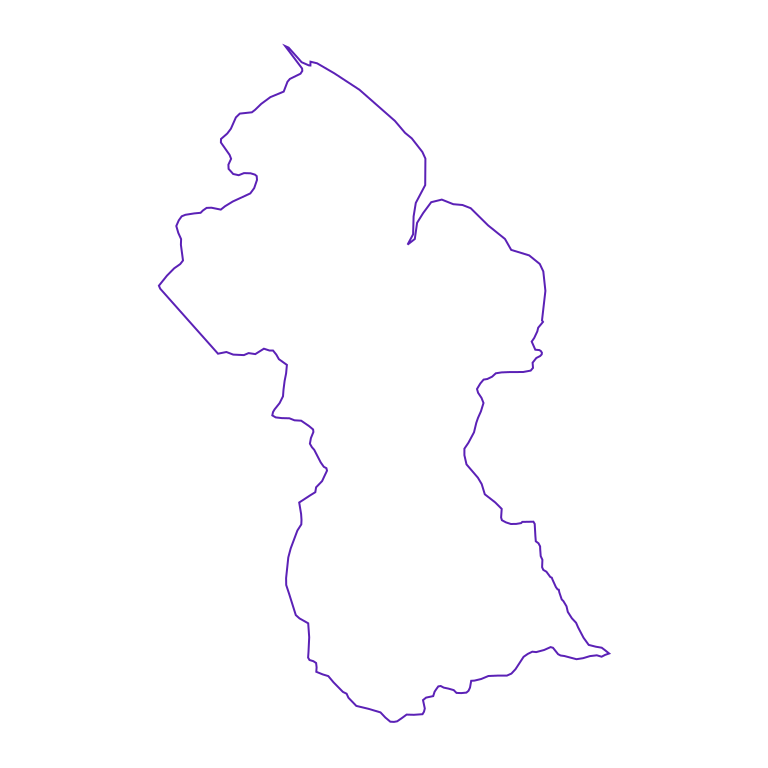 Guyana, orthographic projection
{"feature_id": "GUY", "entity_name": "Guyana", "entity_type": "country or territory", "adm_level": 0, "iso_a3": "GUY", "parent_name": "South America", "parent_adm1": "", "projection": "orthographic", "projection_center": [-58.817, 4.875], "detail": "fine", "context": "isolated", "style": "outline", "palette": "violet", "viewbox_px": 768, "rotation_deg": 0, "n_neighbors": 0, "source": "natural_earth", "source_scale": "50m", "svg_char_len": 3555}
<svg xmlns="http://www.w3.org/2000/svg" viewBox="0 0 768 768"><path d="M218.0,353.7L198.7,332.0L179.3,310.2L160.2,288.7L158.9,285.7L167.0,275.6L174.2,268.3L180.2,264.1L183.0,260.5L180.9,244.8L181.1,239.1L178.3,232.9L176.3,226.0L178.8,220.3L181.7,216.3L185.4,214.8L194.3,213.4L200.6,212.8L202.9,210.5L206.6,207.9L211.4,207.7L220.8,209.6L225.1,206.2L232.8,201.5L250.3,193.4L254.2,188.1L257.0,179.9L256.7,176.1L254.9,174.6L250.6,173.3L244.0,173.1L238.7,175.2L233.2,174.0L228.6,168.9L228.4,164.7L231.1,158.8L229.6,154.9L220.9,142.5L221.0,139.0L227.3,133.5L230.9,128.7L235.9,117.4L239.8,113.6L251.9,112.3L255.0,109.9L261.2,103.9L270.4,97.1L283.7,91.6L287.5,81.7L289.9,78.9L300.5,73.7L302.3,70.9L302.1,68.5L285.2,46.1L288.6,47.6L301.6,62.2L308.9,65.4L310.4,65.5L310.5,61.7L317.1,63.3L334.3,73.3L359.5,89.8L394.9,120.9L405.0,132.8L411.8,138.4L422.4,152.0L425.4,158.6L425.2,185.1L415.8,202.9L413.6,216.4L413.1,234.3L407.6,244.6L414.8,239.0L417.1,222.8L423.2,213.0L431.2,202.2L441.8,199.6L453.3,204.2L462.5,205.0L470.7,208.2L488.1,225.4L505.0,239.0L511.2,249.9L529.2,255.4L539.8,264.0L543.3,271.4L545.4,290.9L542.0,320.4L543.0,321.9L538.2,327.7L537.3,331.4L534.2,338.0L531.7,341.6L535.3,349.7L539.4,350.1L540.9,351.1L541.9,352.7L541.7,354.4L540.2,356.0L536.3,358.0L532.6,362.7L533.0,367.9L530.7,370.6L523.2,372.0L508.7,372.1L501.5,372.4L495.8,373.3L492.1,376.7L487.3,379.0L483.6,379.6L480.3,383.5L477.0,389.0L478.1,392.8L481.5,397.9L483.5,403.0L480.9,411.4L478.0,417.9L476.3,422.8L474.0,432.3L468.4,442.8L464.4,448.7L464.4,455.2L466.5,464.4L477.9,477.7L481.7,484.1L484.8,494.3L495.2,502.4L501.7,508.9L501.1,517.5L501.9,520.2L506.0,522.4L510.9,524.0L516.3,523.9L521.1,523.1L522.3,521.9L533.4,521.7L534.7,523.9L535.4,536.3L535.8,541.3L538.5,543.3L540.1,546.4L540.2,549.2L540.7,556.1L542.4,559.8L542.1,567.2L543.3,569.9L546.4,571.7L550.3,577.0L551.8,577.7L552.5,579.6L555.9,587.1L557.6,589.4L558.8,589.7L559.3,592.3L561.7,599.4L563.4,601.1L566.5,606.3L567.8,611.9L571.9,618.3L576.1,622.8L578.1,627.4L583.5,637.7L588.7,644.9L595.8,646.7L601.7,647.7L605.4,650.5L609.1,653.5L605.1,654.9L601.6,656.7L596.8,655.3L590.0,656.1L583.0,658.2L576.5,659.2L564.3,656.0L560.6,655.5L558.1,654.2L553.0,647.8L550.6,647.1L544.1,650.0L536.2,652.1L532.3,651.7L527.8,653.9L523.6,656.8L515.5,669.2L511.4,673.6L506.9,675.6L497.9,675.6L488.4,676.0L481.2,679.0L474.5,680.6L471.2,680.8L470.0,687.6L468.5,690.8L466.4,692.6L461.2,693.1L456.5,692.9L453.7,690.1L448.4,688.6L443.7,687.6L440.7,686.0L438.3,686.4L436.2,689.3L434.6,691.7L433.2,696.1L426.1,697.6L423.0,700.1L424.8,708.5L424.0,711.7L422.5,714.2L413.9,714.8L406.6,714.6L402.4,717.7L397.2,721.3L394.0,721.9L390.3,721.7L385.3,717.5L380.5,712.4L368.4,708.8L356.3,705.9L348.4,697.7L346.6,693.7L342.9,691.9L333.5,682.3L328.3,676.1L322.7,674.4L316.3,671.8L316.6,667.3L316.1,663.0L313.4,661.2L309.5,660.0L308.1,657.6L308.5,651.9L309.2,637.3L308.2,623.3L299.5,618.4L295.8,615.1L289.3,594.4L286.2,585.0L286.1,578.1L288.3,557.4L290.7,548.4L297.4,530.5L301.3,524.4L301.5,519.9L301.1,514.0L299.2,502.5L310.4,495.2L315.3,492.2L316.1,487.3L322.1,481.1L324.8,475.3L327.0,470.7L326.4,468.2L323.8,466.8L320.7,462.4L314.2,449.8L311.9,447.2L309.9,443.7L310.9,438.1L313.4,432.0L313.1,429.5L309.2,426.2L301.2,420.7L294.5,420.3L289.4,418.3L281.8,418.1L275.7,417.4L272.3,415.4L273.0,412.1L274.5,409.5L279.6,403.1L283.0,396.3L283.5,389.7L284.6,381.0L286.1,373.4L286.9,364.9L278.9,359.2L276.3,354.6L273.0,350.5L269.4,350.5L263.9,348.7L255.3,354.1L248.6,353.1L243.9,355.1L233.2,354.6L226.4,352.0L218.0,353.7Z" fill="none" stroke="#5b21b6" stroke-width="2"/></svg>